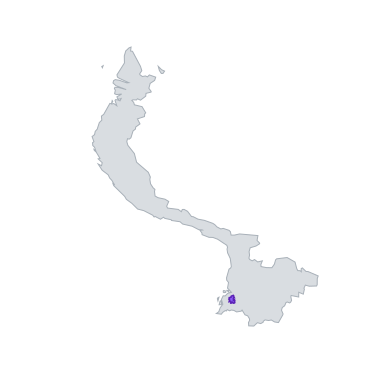 Son Dong, Bắc Giang, Vietnam (highlighted), rotated 150°
{"feature_id": "81297802B10167820950608", "entity_name": "Son Dong", "entity_type": "district", "adm_level": 2, "iso_a3": "VNM", "parent_name": "Vietnam", "parent_adm1": "Bắc Giang", "projection": "robinson", "projection_center": [106.856, 21.328], "detail": "fine", "context": "in_parent", "style": "filled", "palette": "violet", "viewbox_px": 384, "rotation_deg": 150, "n_neighbors": 0, "source": "geoboundaries", "source_scale": "gbopen_adm2", "svg_char_len": 5321}
<svg xmlns="http://www.w3.org/2000/svg" viewBox="0 0 384 384"><g transform="rotate(150 192 192)"><path d="M231.7,74.6L228.7,74.9L225.5,77.6L221.4,79.4L220.3,84.2L216.9,86.5L215.2,85.4L211.8,86.4L208.0,85.4L209.3,91.0L205.6,95.4L206.0,98.3L205.0,100.4L198.5,106.7L196.6,106.8L195.2,107.8L192.1,115.3L191.6,121.5L190.2,125.0L188.8,126.5L188.5,128.4L193.4,138.3L196.6,142.2L199.9,144.2L204.6,150.0L203.9,151.6L204.3,154.8L202.0,153.9L202.3,154.3L205.0,156.0L209.0,162.3L216.1,168.9L217.2,172.2L224.0,177.6L223.9,178.4L228.7,182.7L229.3,184.4L232.9,184.2L236.2,189.3L237.3,189.3L237.6,191.5L243.1,200.0L247.6,204.4L249.8,212.4L252.5,218.4L252.5,221.9L256.6,236.6L256.3,238.6L255.5,236.7L255.6,242.3L256.3,245.2L256.0,248.8L258.9,255.7L259.3,263.2L257.2,260.0L255.1,262.3L256.7,267.6L254.9,267.1L255.0,274.4L255.8,276.9L255.6,277.9L254.7,275.9L254.0,279.4L254.7,281.8L253.5,284.4L251.8,284.6L250.8,290.0L247.7,290.4L245.5,292.9L242.7,293.8L237.5,298.5L234.2,299.3L232.5,303.0L229.6,303.4L218.8,309.8L217.5,308.3L215.5,307.7L214.0,304.3L212.9,309.8L212.1,310.2L210.4,309.1L208.8,306.9L206.6,308.4L209.1,308.9L209.7,310.3L209.4,312.0L203.9,312.0L208.8,314.2L209.9,315.8L207.5,318.5L207.5,320.4L206.4,321.2L203.6,319.5L197.8,313.6L204.7,322.1L205.9,325.9L204.3,327.6L202.3,327.7L199.1,325.1L193.9,319.1L192.1,318.3L198.2,326.9L199.1,328.8L198.4,331.0L186.0,337.5L182.6,343.7L178.8,347.3L174.6,348.3L172.3,348.0L174.7,344.8L173.2,343.6L173.8,326.6L174.8,322.2L178.4,320.4L178.4,319.4L177.2,316.8L174.3,315.8L173.0,314.0L170.4,314.7L166.0,309.6L168.6,307.3L173.9,307.0L177.5,303.4L177.1,299.5L177.5,299.0L182.5,300.4L184.2,298.1L190.7,297.3L192.6,300.0L194.1,299.5L197.1,301.4L198.3,301.4L197.7,298.7L198.3,296.3L192.6,290.9L192.5,283.7L193.9,283.3L195.4,281.1L202.7,282.6L203.0,277.0L208.3,276.4L209.5,274.8L212.6,274.3L217.8,269.5L220.0,269.2L221.2,270.4L223.3,268.2L224.2,264.5L222.7,254.1L225.1,245.5L220.0,230.9L220.6,225.8L222.2,224.0L223.8,219.8L223.6,215.1L222.8,212.8L224.2,211.2L226.0,207.0L224.3,204.1L219.0,199.3L216.9,195.4L221.1,192.3L221.2,190.3L212.6,183.8L211.1,180.3L209.1,181.7L207.5,180.8L205.5,177.5L204.7,171.0L203.3,170.0L200.4,165.5L195.5,161.3L189.7,154.5L188.6,152.4L187.8,149.2L185.5,145.6L183.2,144.9L179.1,140.3L178.6,138.4L179.7,135.1L176.9,133.5L171.8,131.9L156.7,121.3L159.9,117.5L159.0,114.0L159.3,113.4L163.5,113.2L169.5,114.6L172.4,111.8L173.7,108.6L175.8,106.2L175.8,104.8L174.3,102.3L171.6,102.2L170.1,98.6L165.5,97.2L168.6,94.8L169.5,92.9L165.2,89.2L160.7,86.5L156.7,88.3L153.6,91.4L152.1,91.8L142.4,87.7L137.8,79.8L139.6,73.3L139.7,71.0L137.8,69.8L137.2,68.3L135.8,71.0L134.4,71.1L133.0,66.2L131.3,65.1L124.7,56.2L126.8,54.4L129.9,49.2L131.1,48.3L137.6,51.8L140.4,54.7L143.2,52.7L143.2,51.7L146.7,47.9L149.7,51.8L152.1,47.7L157.9,52.8L158.8,51.8L160.0,48.3L161.6,47.3L162.9,47.1L164.5,49.1L165.8,49.3L168.6,47.2L171.6,46.8L173.6,44.9L174.1,40.9L174.8,40.2L182.4,35.7L185.4,38.1L187.3,41.5L189.9,42.4L192.7,44.7L194.9,44.4L195.6,43.6L198.3,43.7L200.7,46.1L205.5,45.0L209.8,47.7L208.4,50.7L206.2,52.1L205.6,53.6L205.7,57.0L207.5,59.1L207.7,64.7L208.9,64.2L213.3,65.8L215.0,68.6L217.1,70.2L218.8,70.3L220.3,72.5L221.8,71.8L222.5,72.7L225.6,72.4L227.7,71.5L231.7,74.6ZM159.3,310.0L159.5,313.5L158.4,317.7L157.2,313.1L155.3,310.4L157.8,309.2L159.3,310.0ZM224.9,80.8L222.3,83.4L221.2,83.4L222.6,79.7L224.9,80.8ZM214.4,90.7L213.7,90.8L212.2,89.1L213.0,88.2L214.6,88.8L215.0,89.6L214.4,90.7ZM223.4,86.9L222.4,87.5L221.2,87.4L224.0,84.7L223.4,86.9ZM210.1,86.9L211.2,89.7L209.6,88.3L210.1,86.9ZM217.5,308.8L215.4,311.1L215.3,310.1L217.5,308.8ZM207.4,345.8L205.8,345.8L207.5,344.4L207.4,345.8Z" fill="#d9dde1" stroke="#a8b0b8" stroke-width="1"/><path d="M214.4,78.5L214.3,78.4L214.2,78.2L213.9,78.0L213.9,77.9L213.7,77.8L213.6,77.7L213.7,77.4L213.7,77.2L213.6,76.9L213.7,76.7L213.8,76.5L213.9,76.4L213.7,76.3L213.7,76.2L213.4,76.1L213.2,76.2L213.1,76.3L212.9,76.4L212.9,76.2L212.7,76.2L212.6,76.3L212.6,76.2L212.4,76.2L212.3,76.3L212.2,76.3L212.2,76.2L211.9,76.0L211.9,75.9L211.9,75.7L212.0,75.6L212.0,75.4L211.9,75.3L211.9,75.2L211.6,74.9L211.4,74.9L211.2,74.9L211.0,74.7L210.9,74.7L210.8,74.8L210.7,74.8L210.5,74.7L210.4,74.7L210.3,74.8L210.1,75.0L210.0,75.3L209.9,75.4L209.9,75.6L209.8,75.8L209.8,76.0L209.8,76.3L209.8,76.5L209.7,76.6L209.8,76.7L209.8,76.8L209.8,77.0L209.7,77.0L209.8,77.1L209.7,77.1L209.8,77.2L209.8,77.3L209.7,77.3L209.5,77.5L209.4,77.6L209.2,77.7L209.3,77.8L209.2,78.0L209.3,78.1L209.5,78.2L209.6,78.3L209.7,78.5L209.4,78.6L209.4,78.8L209.5,79.0L209.4,79.1L209.2,79.2L209.0,79.3L209.0,79.5L208.8,79.6L208.7,79.6L208.5,79.8L208.3,79.8L208.2,79.7L208.2,79.8L208.2,80.0L208.1,80.4L208.1,80.6L208.1,80.8L208.1,81.0L207.9,81.1L208.0,81.3L207.9,81.4L207.9,81.5L207.9,81.8L208.0,81.8L208.3,81.8L208.5,81.8L208.6,82.0L208.8,82.0L209.0,82.0L209.3,82.1L209.5,82.1L209.9,82.2L210.0,82.2L210.3,82.1L210.5,82.1L210.8,82.2L210.7,82.1L210.7,81.9L210.7,81.7L210.7,81.4L210.8,81.4L211.0,81.4L211.3,81.6L211.5,81.7L211.8,81.5L212.0,81.6L212.3,81.5L212.5,81.7L212.6,81.8L212.7,81.7L212.8,81.7L212.9,81.4L213.0,81.4L213.0,81.2L213.2,80.9L213.3,80.7L213.5,80.6L213.4,80.5L213.4,80.4L213.5,80.2L213.6,79.9L213.5,79.7L213.4,79.7L213.4,79.4L213.5,79.3L213.5,79.2L213.9,79.1L214.0,79.1L214.3,78.9L214.5,78.7L214.4,78.7L214.5,78.6L214.4,78.5Z" fill="#8b5cf6" stroke="#5b21b6" stroke-width="1.5"/></g></svg>